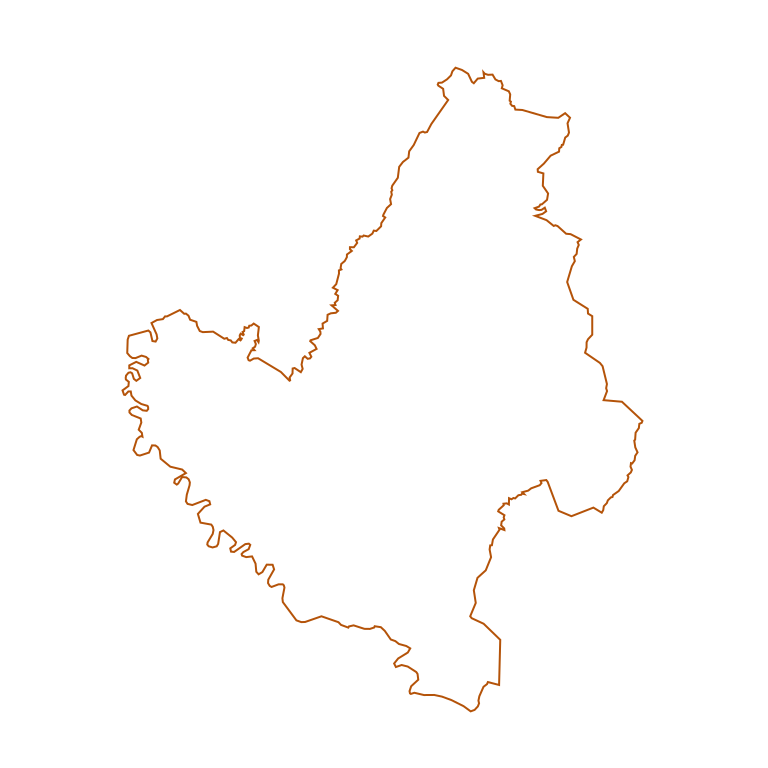 outline of Buenavista, Michoacán, Mexico, rotated 4°
{"feature_id": "50627088B1584906441416", "entity_name": "Buenavista", "entity_type": "district", "adm_level": 2, "iso_a3": "MEX", "parent_name": "Mexico", "parent_adm1": "Michoacán", "projection": "mercator", "projection_center": [-102.594, 19.215], "detail": "fine", "context": "isolated", "style": "outline", "palette": "amber", "viewbox_px": 768, "rotation_deg": 4, "n_neighbors": 0, "source": "geoboundaries", "source_scale": "gbopen_adm2", "svg_char_len": 6119}
<svg xmlns="http://www.w3.org/2000/svg" viewBox="0 0 768 768"><g transform="rotate(4 384 384)"><path d="M147.8,339.4L153.7,350.4L154.7,354.4L153.2,357.6L150.0,357.3L147.4,348.8L145.2,347.1L126.2,353.7L125.2,357.6L125.7,371.0L128.6,374.0L131.1,375.6L134.3,375.5L140.2,372.6L144.7,373.6L147.3,375.5L146.7,376.4L147.3,379.1L143.8,382.3L135.3,379.2L128.6,383.2L128.8,386.1L132.0,385.8L137.0,387.8L140.4,395.0L136.7,398.1L134.1,396.3L132.0,390.9L130.3,390.0L128.3,390.6L126.1,393.6L125.9,395.9L126.2,397.5L129.3,399.7L129.2,403.9L123.6,408.6L125.4,412.8L126.5,413.0L129.5,409.3L131.9,409.1L132.9,413.2L137.1,417.7L143.3,420.9L149.6,422.3L150.3,423.5L150.5,425.5L149.2,427.3L145.2,427.1L139.1,423.7L133.8,425.9L131.9,428.2L132.1,430.2L134.6,432.5L143.7,435.4L144.6,439.4L142.5,446.7L145.8,449.6L146.7,453.4L145.5,452.9L143.9,453.7L141.3,456.4L138.7,467.4L142.7,472.0L145.5,472.4L154.4,468.8L156.9,461.4L160.3,461.3L162.6,462.7L164.9,465.9L166.4,474.1L176.6,481.4L188.6,483.4L192.6,486.7L182.1,493.8L181.6,497.1L184.3,498.8L185.6,497.7L189.1,490.9L193.4,491.0L195.8,492.7L197.2,495.7L197.1,498.6L195.0,508.2L194.6,514.9L196.4,517.3L201.2,518.1L214.3,512.0L218.0,513.1L219.0,516.2L213.5,518.9L207.4,526.6L210.6,535.1L221.5,536.3L223.1,538.3L224.1,541.6L223.6,545.5L219.1,554.3L218.9,556.5L220.4,558.1L224.4,559.0L228.4,557.6L229.7,555.1L230.7,543.2L234.0,541.3L243.3,547.8L247.4,552.1L246.7,554.9L242.1,558.7L243.1,561.9L246.2,562.0L256.8,553.4L260.3,552.7L261.8,553.8L260.5,558.2L255.4,561.5L253.8,563.6L254.4,565.1L258.6,566.3L264.4,565.2L268.4,572.2L269.7,580.2L272.2,582.6L275.8,580.1L279.6,572.4L285.5,572.1L287.3,576.6L282.2,587.3L282.2,590.7L284.1,593.4L286.0,594.3L292.8,591.2L297.0,590.9L298.1,591.8L298.9,594.0L297.6,604.8L298.3,608.6L313.1,625.9L318.1,627.3L321.9,626.9L337.8,620.1L355.2,624.8L357.9,627.3L365.4,629.5L365.9,628.3L370.5,626.9L381.5,629.6L387.0,629.3L391.2,627.6L391.6,626.3L397.8,626.8L402.0,630.2L408.6,638.4L413.3,639.7L417.0,642.3L424.5,643.8L428.6,645.9L426.5,650.2L417.3,656.8L413.6,662.1L415.6,665.5L421.2,663.1L427.4,664.2L436.3,669.1L437.7,670.9L438.8,676.6L432.2,683.6L430.9,688.6L431.5,690.8L432.4,691.3L435.8,689.9L445.6,691.5L455.8,690.7L463.6,691.8L473.3,694.6L485.8,699.8L493.3,704.5L497.1,702.8L500.1,699.1L501.1,695.9L500.3,693.3L500.9,688.8L504.4,679.1L507.7,676.2L508.4,674.1L519.8,676.2L517.8,631.1L500.1,616.2L487.8,611.5L486.2,609.7L490.8,596.0L488.0,583.5L490.8,570.8L498.5,562.8L502.9,549.3L500.9,541.7L501.2,537.6L502.9,537.3L503.5,531.5L509.4,521.3L508.7,519.7L514.3,521.3L514.0,519.7L510.7,516.8L511.0,513.1L513.5,510.7L512.7,508.7L513.3,506.5L506.8,503.1L507.2,501.5L511.9,496.6L511.5,495.1L514.8,494.5L517.0,495.5L516.7,489.2L519.2,490.1L521.1,488.7L522.8,489.0L525.8,485.6L528.7,484.9L529.3,483.7L531.4,484.0L529.5,482.3L535.3,480.3L538.1,477.8L546.4,474.1L548.0,471.9L546.9,469.7L552.6,468.5L554.1,470.2L566.9,498.3L580.2,502.8L601.5,492.7L610.2,497.2L611.5,494.5L611.8,490.6L614.6,487.3L615.4,484.5L618.2,481.3L619.8,480.8L620.2,478.8L625.6,474.4L630.6,466.3L633.4,464.1L634.3,459.8L633.3,458.2L636.4,455.0L637.3,452.4L635.7,449.3L635.9,445.7L637.1,446.0L639.3,442.6L639.6,438.1L641.7,434.5L639.1,429.7L637.6,423.0L638.4,422.0L638.4,415.0L641.3,410.2L641.5,405.9L643.8,404.7L644.4,402.8L622.6,385.1L604.2,384.8L607.0,375.5L605.9,372.7L606.4,368.5L600.8,351.0L597.9,347.9L582.4,338.8L583.5,333.6L583.2,328.2L584.4,325.1L588.3,320.3L587.0,301.8L582.6,299.5L582.0,294.8L567.1,286.8L559.6,269.5L563.2,253.4L565.8,248.1L564.5,244.0L567.1,240.8L567.3,235.4L568.6,231.7L567.2,229.0L570.4,226.1L559.7,221.5L555.2,221.4L546.1,214.3L543.8,213.7L542.3,214.5L534.7,209.2L523.1,205.7L530.2,203.3L533.7,200.4L532.1,196.9L529.0,199.3L526.6,199.7L523.5,199.3L522.0,198.1L526.3,196.2L527.5,194.0L528.9,193.8L533.8,188.9L534.4,182.5L528.6,175.2L528.3,162.8L522.7,161.6L522.3,159.0L528.1,153.0L534.3,144.6L542.4,140.0L542.4,136.6L544.4,135.2L544.7,133.1L546.0,132.8L547.6,125.5L550.0,123.4L551.0,120.3L548.9,111.1L551.0,105.4L545.8,101.2L539.3,106.3L527.9,106.4L502.9,101.0L495.9,101.1L494.5,97.7L492.4,97.6L490.5,95.6L490.9,93.5L489.6,92.6L489.7,86.3L488.1,83.3L480.9,80.8L481.5,77.7L479.5,73.5L477.3,73.9L473.9,72.4L470.7,67.8L466.2,68.3L462.9,67.5L461.5,66.1L462.6,71.6L456.2,72.8L452.6,77.7L450.6,76.4L446.3,68.7L439.9,65.3L433.3,63.5L430.4,67.3L429.3,71.5L425.6,75.7L420.8,79.3L417.3,79.8L416.7,81.6L417.4,82.6L422.4,85.4L423.8,92.4L428.2,96.2L413.1,121.3L409.4,129.6L407.2,130.3L405.3,129.5L401.9,131.1L397.0,143.5L392.9,150.1L392.6,156.5L387.4,161.2L384.0,166.3L383.4,177.3L378.4,185.6L377.9,188.3L378.8,190.1L377.8,191.7L378.6,194.6L377.2,199.1L378.5,204.1L374.6,208.2L371.6,215.1L371.3,216.5L373.6,217.8L370.1,223.7L370.1,226.9L365.7,231.9L363.1,231.7L361.9,234.8L358.0,238.0L353.3,237.3L352.3,238.5L349.6,238.4L349.5,240.6L346.2,242.7L347.4,245.1L344.4,249.7L340.5,249.9L340.6,251.9L342.6,253.5L338.0,257.4L338.1,260.1L336.3,264.0L333.0,267.2L332.6,271.6L333.5,272.7L331.1,273.8L331.4,277.0L329.4,287.7L326.3,291.5L331.2,293.6L329.1,297.5L332.1,299.2L331.9,303.7L329.2,306.4L330.1,308.6L326.2,309.2L333.0,314.3L331.0,316.3L326.0,317.2L322.9,318.9L322.9,325.0L318.5,328.0L319.2,332.8L315.1,333.8L316.9,336.3L317.2,338.5L314.8,342.7L307.7,345.5L307.4,346.4L312.3,350.2L314.3,353.7L307.4,358.1L309.6,361.9L308.4,363.6L306.1,364.2L303.1,361.9L301.3,363.9L300.4,370.4L301.8,374.6L300.2,378.0L293.7,374.3L291.8,374.9L292.0,379.9L289.4,384.1L290.1,386.9L289.5,387.3L280.3,379.2L256.6,367.1L252.3,367.7L248.7,370.1L247.3,369.7L246.1,367.2L249.4,359.6L252.4,359.3L250.6,357.5L252.8,355.8L253.4,353.1L251.9,350.1L254.3,348.9L255.9,351.0L256.1,349.5L254.8,344.3L255.2,335.9L249.8,332.8L247.6,334.9L245.5,335.3L245.1,337.1L243.4,337.7L241.0,337.0L240.8,341.0L239.3,342.0L240.6,344.5L240.1,345.1L237.5,343.8L236.7,345.5L237.0,348.0L238.9,348.6L238.4,349.7L237.8,350.5L235.8,349.4L233.0,353.2L229.8,353.1L228.1,351.2L225.5,350.9L224.1,349.1L221.5,350.0L209.9,343.7L199.6,344.9L196.5,344.0L193.5,339.0L192.5,335.1L186.1,333.4L184.2,329.5L181.5,327.6L179.8,327.9L175.3,324.4L162.8,331.7L160.9,331.8L158.9,334.7L153.1,336.0L147.8,339.4Z" fill="none" stroke="#b45309" stroke-width="2"/></g></svg>